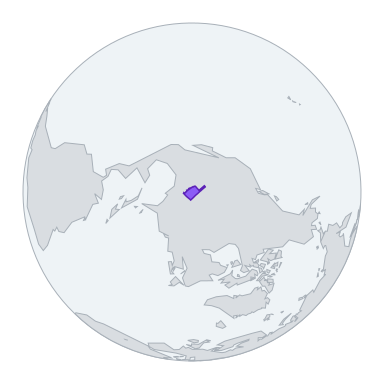 the Earth from above Oklahoma, rotated 137°
{"feature_id": "USA-3533", "entity_name": "Oklahoma", "entity_type": "State", "adm_level": 1, "iso_a3": "USA", "parent_name": "United States of America", "parent_adm1": "", "projection": "orthographic", "projection_center": [-97.37, 35.324], "detail": "fine", "context": "on_globe", "style": "filled", "palette": "violet", "viewbox_px": 384, "rotation_deg": 137, "n_neighbors": 0, "source": "natural_earth", "source_scale": "10m", "svg_char_len": 11195}
<svg xmlns="http://www.w3.org/2000/svg" viewBox="0 0 384 384"><g transform="rotate(137 192 192)"><circle cx="192" cy="192" r="169" fill="#eef3f6" stroke="#a8b0b8"/><path d="M232.0,356.2L231.4,356.3L233.4,355.4L237.5,354.0L234.9,354.5L244.1,350.5L240.2,351.9L246.3,346.5L254.4,340.1L264.7,320.4L262.5,317.0L251.5,314.9L238.6,300.0L243.0,291.4L239.8,288.2L250.3,274.2L246.9,263.3L243.1,262.5L239.6,267.6L225.8,262.4L220.2,254.0L174.9,241.0L169.6,235.9L168.5,227.7L149.0,198.6L159.5,225.5L152.8,220.1L146.6,210.3L149.1,208.2L143.7,193.8L137.1,187.6L133.5,169.2L140.3,147.1L143.0,151.2L144.3,145.8L141.0,140.6L138.5,138.5L138.7,116.3L129.3,102.3L121.6,102.8L127.0,99.2L109.3,104.2L101.2,101.7L113.3,101.6L116.7,99.4L112.6,96.0L115.3,93.2L114.9,90.0L118.4,87.1L125.2,87.7L127.6,85.9L124.6,83.7L126.3,79.7L130.4,83.1L133.7,76.5L145.6,77.4L153.6,90.7L163.1,90.1L179.0,101.6L180.5,98.5L187.4,101.6L191.7,99.3L193.4,102.5L195.3,98.1L192.9,95.7L192.9,93.0L195.2,91.6L197.8,95.2L197.1,96.5L199.0,96.9L199.4,99.4L200.5,97.3L203.4,102.2L203.9,95.4L209.1,97.7L210.1,101.5L205.5,103.6L196.5,119.0L196.1,124.2L200.1,129.1L217.1,132.8L218.6,137.9L223.8,142.9L225.0,138.8L221.4,133.4L225.1,127.4L220.3,122.0L221.1,118.9L217.9,112.8L223.2,111.2L230.1,113.2L233.0,118.3L236.1,119.5L237.3,112.9L246.5,121.3L259.1,125.2L261.0,127.9L257.5,135.7L247.6,139.6L243.2,151.4L251.0,141.5L255.5,149.2L258.3,149.7L260.9,148.2L261.1,144.5L263.7,146.8L256.9,157.1L254.5,155.1L256.6,151.7L252.0,153.8L247.5,161.5L250.1,165.2L240.5,174.3L242.3,177.2L241.2,181.0L239.0,175.7L242.7,185.7L231.8,200.2L236.7,217.8L226.6,205.5L219.7,205.0L211.8,206.4L212.4,209.3L201.0,208.4L192.0,215.4L190.6,229.7L196.1,239.9L208.6,239.3L211.5,233.1L220.1,230.8L215.8,247.2L231.3,247.2L230.9,258.6L235.6,263.6L242.9,260.7L250.6,261.7L255.4,254.1L263.3,248.3L264.3,257.2L268.1,247.7L273.0,250.6L288.4,244.5L287.4,247.0L300.5,251.8L313.3,249.5L316.3,253.9L314.9,258.5L319.0,257.0L319.1,259.3L334.1,251.5L340.7,250.6L339.7,258.5L332.6,272.6L322.6,293.6L308.9,307.3L303.0,315.0L288.1,328.3L280.1,332.0L279.9,334.1L273.4,338.2L267.6,340.7L264.4,343.1L260.0,344.8L261.4,345.0L251.3,349.6L250.7,350.3L242.6,353.2L232.0,356.2ZM56.0,195.8L56.9,192.1L57.8,195.5L56.0,195.8ZM56.5,189.2L56.3,190.6L56.2,189.3L56.5,189.2ZM55.8,187.8L56.3,188.8L55.5,188.0L55.8,187.8ZM54.7,186.4L55.3,187.0L55.2,187.1L54.7,186.4ZM236.8,223.9L254.4,228.4L245.3,231.7L246.9,229.8L242.2,227.3L233.9,225.8L225.7,229.1L236.8,223.9ZM53.4,183.0L53.2,182.1L53.9,182.3L53.4,183.0ZM242.6,212.6L239.6,212.6L242.4,211.9L242.6,212.6ZM137.0,138.2L140.7,140.8L142.7,146.8L139.3,144.9L137.0,138.2ZM133.6,127.4L136.1,127.6L134.4,132.9L133.5,131.1L133.6,127.4ZM115.5,104.2L118.0,105.8L114.7,105.3L115.5,104.2ZM114.2,90.2L112.6,90.7L113.1,88.9L114.2,90.2ZM215.2,114.1L216.5,113.5L216.4,114.9L215.2,114.1ZM212.6,112.2L211.5,114.3L210.1,113.7L210.8,112.4L212.6,112.2ZM118.9,82.8L120.1,80.0L120.1,82.9L118.9,82.8ZM214.2,109.7L207.7,112.4L205.3,111.4L205.8,105.7L214.2,109.7ZM121.6,78.4L124.4,71.9L121.1,72.4L131.9,67.8L125.9,74.6L126.4,78.0L124.1,77.0L121.6,78.4ZM191.2,95.5L193.8,98.0L189.5,97.3L191.2,95.5ZM188.4,95.7L175.0,98.1L172.2,94.0L177.3,93.9L172.0,89.9L177.2,86.7L181.2,88.1L182.0,91.4L183.4,87.7L188.4,95.7ZM137.3,66.6L139.0,65.3L138.5,66.8L137.3,66.6ZM192.6,91.9L190.2,92.6L187.6,89.0L192.0,87.0L191.4,88.8L192.6,91.9ZM168.0,90.5L166.9,87.7L170.8,84.3L170.8,82.7L177.0,86.2L168.0,90.5ZM193.2,88.9L194.3,86.1L197.6,86.5L194.8,91.0L193.2,88.9ZM185.0,89.0L184.0,87.3L186.0,87.5L185.0,89.0ZM210.0,87.2L207.1,87.8L205.5,86.0L210.0,87.2ZM194.5,85.0L193.4,84.9L192.4,84.3L193.8,82.6L194.5,85.0ZM179.4,83.7L181.2,83.0L177.0,82.1L179.8,79.7L183.4,82.5L183.0,80.3L183.8,79.6L185.9,82.8L179.4,83.7ZM192.4,79.3L198.0,82.5L203.7,81.6L205.2,83.1L195.8,84.4L192.4,79.3ZM188.4,81.0L191.2,80.3L191.8,82.4L190.1,84.3L188.4,81.0ZM180.3,77.1L175.2,80.0L174.6,79.3L180.3,77.1ZM194.0,78.5L192.6,77.8L194.3,78.2L194.0,78.5ZM184.4,77.0L182.7,78.1L182.0,77.2L184.4,77.0ZM191.3,75.6L193.1,76.6L192.0,77.8L191.3,75.6ZM188.0,75.9L187.6,74.5L190.6,77.7L187.4,76.5L188.0,75.9ZM184.1,76.0L183.1,75.9L184.9,75.7L184.1,76.0ZM194.2,70.5L198.3,74.2L195.9,76.9L192.3,72.9L194.2,70.5ZM301.7,63.5L300.7,62.7L291.6,55.5L301.7,63.5ZM277.0,46.0L277.5,46.3L270.9,42.7L278.3,46.9L278.2,46.7L282.8,49.6L283.2,50.0L280.9,48.5L283.4,50.4L293.9,57.4L294.8,58.0L303.7,65.6L306.2,67.5L309.9,71.0L307.1,69.3L304.5,67.3L302.5,69.4L306.1,72.1L308.2,70.5L309.3,72.1L314.1,76.5L311.2,74.3L308.0,76.1L313.4,84.9L327.0,102.5L328.7,108.3L327.1,111.4L315.4,100.5L312.8,88.9L308.7,85.5L303.4,85.3L303.1,82.1L300.6,80.8L299.1,76.7L291.2,69.5L288.8,65.6L280.2,61.7L277.8,59.4L283.6,62.2L286.3,62.4L279.6,54.0L276.7,52.1L271.6,50.4L270.4,48.6L266.4,48.0L259.9,43.6L264.5,48.8L258.7,47.7L251.8,44.7L250.7,45.4L262.0,50.4L265.7,51.6L267.6,51.0L278.6,56.1L282.1,59.3L273.8,58.1L277.8,62.9L269.6,60.5L244.1,47.5L236.3,43.2L235.0,36.7L240.0,37.6L242.9,40.3L245.2,38.1L242.6,38.1L241.6,36.8L235.8,36.0L234.8,35.1L231.0,36.0L229.1,34.8L231.6,34.2L221.5,32.6L216.1,30.6L214.3,30.7L213.9,31.4L207.4,28.8L206.3,29.0L208.0,29.9L207.1,31.1L202.8,32.3L200.8,31.3L202.1,30.7L201.7,28.3L205.4,27.3L204.1,27.1L200.4,27.7L200.9,30.7L198.9,31.7L198.0,30.2L198.2,30.8L196.5,31.1L193.0,30.5L193.8,32.2L178.7,38.0L170.4,38.0L171.3,35.6L158.6,40.0L150.3,40.6L151.9,41.3L146.9,44.5L149.4,44.3L149.8,44.9L138.2,54.2L133.9,56.0L130.7,61.7L131.5,62.2L134.5,61.1L131.9,67.8L121.1,72.4L119.8,71.0L114.0,75.2L111.8,71.5L107.3,70.8L108.3,65.0L104.6,65.3L102.7,67.0L96.4,69.0L89.7,68.1L103.3,61.3L114.9,63.3L110.9,61.6L114.2,59.9L114.3,58.1L111.3,57.4L109.4,58.5L117.1,48.3L114.6,45.1L108.8,49.3L103.5,52.0L95.7,54.2L98.0,51.6L108.0,45.4L118.4,39.9L129.2,35.1L140.3,31.1L151.7,27.9L163.2,25.5L174.9,23.9L186.7,23.1L198.5,23.2L210.2,24.0L221.9,25.7L233.4,28.2L244.7,31.5L255.8,35.6L266.6,40.4L277.0,46.0ZM359.9,173.5L360.5,182.6L359.3,182.9L352.8,173.8L350.7,163.3L346.6,155.7L329.1,109.4L329.6,105.4L320.5,85.8L320.2,84.5L325.8,90.6L323.3,85.7L330.6,95.3L337.1,105.5L342.9,116.0L347.9,127.0L352.2,138.2L355.6,149.8L358.2,161.5L359.9,173.5ZM340.0,127.4L341.6,129.9L341.6,130.0L340.0,127.4ZM288.8,244.2L290.8,245.2L288.4,246.2L288.8,244.2ZM244.6,235.9L248.1,235.3L250.1,236.4L247.5,237.4L244.6,235.9ZM272.8,228.2L276.5,227.8L272.8,229.9L272.8,228.2ZM257.1,228.8L269.8,228.9L262.5,234.0L254.4,234.0L259.7,231.7L257.1,228.8ZM241.9,218.7L244.2,218.9L243.9,220.8L241.9,218.7ZM244.6,212.2L243.8,212.5L242.4,211.3L244.6,212.2ZM255.9,148.5L256.5,147.8L259.4,147.0L258.5,148.9L255.9,148.5ZM269.2,135.6L273.0,139.7L269.7,137.9L269.2,141.0L261.7,141.4L261.5,129.3L262.9,134.6L269.2,135.6ZM251.5,139.1L256.3,139.8L251.1,139.5L251.5,139.1ZM288.6,79.1L289.9,78.0L293.3,80.3L296.3,86.4L291.5,83.0L288.6,79.1ZM291.1,76.1L282.0,73.9L279.7,70.4L282.5,72.7L281.9,70.6L286.3,73.7L293.0,73.0L296.4,75.1L300.2,84.4L297.1,80.0L296.0,81.2L291.1,76.1ZM262.7,78.2L258.7,78.2L259.0,70.5L262.6,71.4L265.9,77.2L263.5,79.5L262.7,78.2ZM216.4,99.4L214.9,100.6L214.2,99.5L214.9,97.6L216.4,99.4ZM208.8,87.6L222.4,93.1L221.3,94.7L230.6,96.5L231.4,101.5L225.3,100.1L232.9,105.6L227.8,106.3L233.2,109.7L219.7,106.0L215.4,107.2L219.9,103.8L219.3,99.1L217.7,97.4L210.1,93.8L200.6,94.5L198.4,90.3L199.5,87.1L201.4,86.3L202.2,89.2L204.3,86.0L206.9,89.7L208.8,87.6ZM212.8,58.1L212.9,60.9L217.5,57.0L220.1,59.8L220.5,59.2L224.2,60.9L229.3,61.9L229.9,63.5L231.6,63.2L234.1,64.5L236.7,64.8L238.6,67.8L241.9,68.5L240.9,69.5L246.2,70.0L243.1,71.0L246.0,73.0L247.5,70.9L251.2,88.4L255.2,95.5L260.1,101.1L254.2,102.7L245.7,98.8L237.0,92.4L234.1,85.6L231.9,87.8L229.9,85.3L232.4,84.6L227.3,84.2L226.3,82.0L218.5,77.6L211.6,78.8L208.6,77.4L210.8,75.9L206.3,75.6L208.3,71.8L206.2,70.8L206.1,66.3L211.5,64.2L208.8,63.2L208.6,60.0L212.8,58.1ZM194.4,69.2L200.3,65.6L204.6,65.5L202.9,73.5L204.6,74.9L203.7,80.5L197.4,80.6L198.3,79.0L197.6,77.4L199.8,78.0L197.6,76.4L198.6,74.2L197.2,72.4L199.5,71.6L194.4,69.2ZM316.9,80.7L316.1,79.3L314.3,76.8L317.3,79.8L316.9,80.7ZM315.0,81.9L313.8,80.2L317.2,82.7L318.0,84.3L315.0,81.9ZM310.3,77.4L313.5,79.9L312.3,79.5L310.3,77.4ZM282.2,60.8L280.7,59.2L281.6,59.3L283.8,60.6L282.2,60.8ZM227.1,48.5L226.4,49.8L225.3,49.5L220.9,51.0L218.6,49.3L220.3,47.7L227.1,48.5ZM223.9,46.9L222.3,47.6L222.1,46.3L223.9,46.9ZM216.7,48.1L216.0,46.6L217.8,49.2L216.7,48.1ZM202.0,35.6L210.7,35.2L215.4,34.3L215.7,32.7L219.0,35.1L211.7,36.4L202.0,35.6ZM181.8,37.6L181.6,39.5L179.2,39.2L178.9,38.7L181.8,37.6ZM183.4,38.4L187.8,39.9L186.1,41.3L183.0,39.8L183.4,38.4ZM206.1,42.4L208.8,42.4L208.9,43.4L206.1,42.4ZM81.3,64.3L80.9,64.7L84.0,62.2L83.6,62.8L79.4,66.2L76.8,68.4L81.3,64.3ZM85.6,61.1L90.2,58.7L84.7,63.5L82.5,65.1L82.7,64.1L85.5,61.5L85.6,61.1ZM89.7,59.7L92.6,57.3L105.4,51.4L106.7,51.5L94.1,57.9L96.1,56.2L93.9,56.9L89.7,59.7ZM137.6,64.9L138.9,65.2L137.0,65.9L137.6,64.9ZM151.3,44.8L151.6,45.8L149.3,46.3L151.3,44.8ZM150.9,48.9L153.3,47.6L151.6,49.4L150.9,48.9ZM158.4,44.6L154.6,47.2L157.1,44.2L158.4,44.6Z" fill="#d9dde1" stroke="#a8b0b8" stroke-width="1"/><path d="M178.7,188.2L178.7,187.8L178.7,187.4L178.7,187.0L178.8,186.7L179.0,186.7L179.3,186.7L179.6,186.7L179.9,186.7L180.2,186.8L180.5,186.8L180.8,186.8L181.0,186.8L181.6,186.8L182.2,186.9L182.7,186.9L183.2,186.9L183.8,186.9L184.3,186.9L184.9,186.9L185.4,187.0L186.0,187.0L186.5,187.0L187.1,187.0L187.6,187.0L188.1,187.0L188.7,187.0L189.2,187.0L189.8,187.0L190.3,187.1L190.9,187.1L191.4,187.1L192.0,187.1L192.5,187.1L193.0,187.1L193.6,187.1L194.1,187.0L194.7,187.0L195.2,187.0L195.8,187.0L196.3,187.0L196.8,187.0L197.4,187.0L197.9,187.0L198.5,187.0L198.5,187.3L198.5,187.7L198.5,188.1L198.5,188.4L198.6,188.8L198.7,189.3L198.7,189.7L198.8,190.1L198.8,190.5L198.9,190.9L199.0,191.3L199.0,191.7L199.0,192.4L199.1,193.0L199.1,193.6L199.1,194.3L199.1,194.9L199.1,195.6L199.1,196.2L199.1,196.8L198.8,196.8L198.8,196.7L198.7,196.8L198.7,196.7L198.4,196.6L198.1,196.5L198.0,196.4L197.9,196.4L197.9,196.2L197.7,196.2L197.4,196.0L197.2,196.0L196.9,196.2L196.7,196.2L196.4,196.1L196.2,196.1L195.9,196.2L195.9,196.3L195.7,196.3L195.6,196.2L195.4,196.2L195.4,196.3L195.2,196.3L194.9,196.5L194.7,196.6L194.6,196.8L194.5,196.7L194.4,196.6L194.1,196.5L194.1,196.4L193.9,196.4L193.9,196.2L193.7,196.2L193.7,196.3L193.4,196.3L193.2,196.2L192.9,196.1L192.9,196.3L192.7,196.3L192.8,196.4L192.7,196.5L192.4,196.6L192.4,196.4L192.5,196.3L192.4,196.2L192.3,196.3L192.2,196.3L191.8,196.4L191.8,196.2L191.7,196.2L191.4,196.1L191.5,196.0L191.4,196.0L191.3,195.9L191.2,196.0L190.9,196.2L190.8,196.3L190.7,196.3L190.6,196.2L190.6,195.9L190.3,195.9L190.2,195.8L190.2,195.7L189.6,195.5L189.4,195.7L189.2,195.6L189.1,195.4L188.9,195.4L188.7,195.5L188.4,195.4L188.1,195.2L188.0,195.3L187.9,195.3L187.8,195.2L187.7,195.2L187.6,194.9L187.4,194.8L187.4,194.7L187.2,194.6L186.9,194.7L186.7,194.6L186.4,194.7L185.9,194.2L185.7,194.1L185.6,193.6L185.6,193.3L185.6,192.9L185.7,192.6L185.7,192.3L185.7,191.9L185.7,191.6L185.7,191.3L185.7,190.9L185.7,190.6L185.7,190.3L185.7,189.9L185.7,189.6L185.7,189.3L185.7,188.9L185.8,188.6L185.8,188.4L185.7,188.4L185.3,188.4L185.0,188.4L184.5,188.4L184.0,188.4L183.4,188.4L182.8,188.3L182.1,188.3L181.5,188.3L180.9,188.3L180.3,188.2L179.8,188.2L179.3,188.2L179.0,188.2L178.8,188.2L178.7,188.2Z" fill="#8b5cf6" stroke="#5b21b6" stroke-width="1.5"/></g></svg>